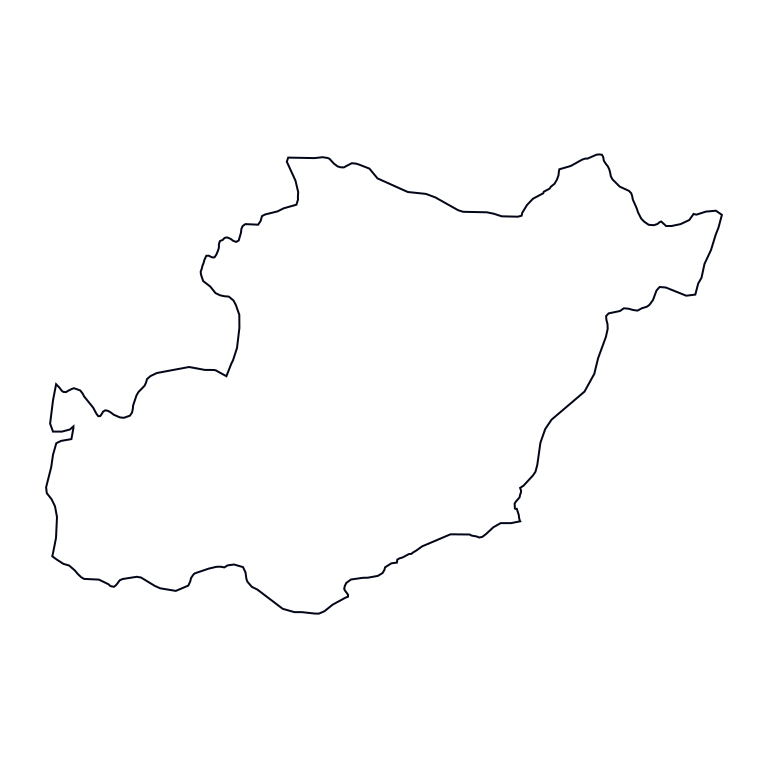 map outline of Beja (Albers equal-area conic projection)
{"feature_id": "PRT-743", "entity_name": "Beja", "entity_type": "District", "adm_level": 1, "iso_a3": "PRT", "parent_name": "Portugal", "parent_adm1": "", "projection": "albers", "projection_center": [-7.969, 37.829], "detail": "fine", "context": "isolated", "style": "outline", "palette": "ink", "viewbox_px": 768, "rotation_deg": 0, "n_neighbors": 0, "source": "natural_earth", "source_scale": "10m", "svg_char_len": 3949}
<svg xmlns="http://www.w3.org/2000/svg" viewBox="0 0 768 768"><path d="M720.8,214.1L721.9,214.9L718.4,227.9L715.7,234.7L711.0,250.0L704.5,263.9L701.5,277.8L698.2,283.5L695.3,294.6L686.2,295.7L665.8,287.5L659.6,287.0L656.5,290.5L653.0,300.0L649.3,305.0L646.7,306.8L642.0,308.2L637.5,310.6L633.1,310.0L628.5,308.7L623.8,308.3L620.0,311.0L608.6,313.4L606.1,316.1L606.4,319.8L607.5,324.1L607.7,328.8L605.9,336.9L598.1,358.2L594.3,373.8L584.5,391.6L551.5,419.7L545.2,429.1L540.4,442.8L537.3,464.8L535.5,471.7L533.0,475.4L523.5,485.7L520.1,487.9L521.1,490.7L520.8,493.0L520.0,495.0L519.6,497.3L515.8,501.7L514.6,503.6L514.9,508.4L515.4,508.9L516.8,508.8L518.8,515.1L519.1,518.1L519.9,520.8L520.2,521.3L511.2,523.1L500.7,523.1L493.3,527.3L486.2,533.9L482.3,536.9L479.1,537.5L476.8,536.5L471.7,535.6L469.6,534.5L450.5,534.3L422.2,546.3L415.9,550.8L413.3,552.3L411.3,553.9L409.0,554.0L402.5,557.5L399.6,558.3L397.3,559.6L396.9,562.6L391.4,563.3L385.1,567.3L384.3,570.1L382.5,573.1L377.8,575.9L367.8,577.7L362.9,577.8L351.0,579.5L346.3,582.9L344.8,586.0L344.2,589.0L345.2,590.9L348.0,594.6L348.0,596.7L345.4,597.7L332.7,604.6L324.5,611.2L319.0,613.6L315.2,613.6L301.5,612.1L294.3,612.1L282.7,608.8L257.4,589.6L251.8,586.8L247.4,581.7L246.4,578.9L245.5,572.4L243.0,567.1L234.0,564.5L227.6,565.4L224.3,567.4L220.6,566.7L216.4,566.8L208.8,568.6L194.7,573.4L193.3,574.7L191.0,578.1L190.3,581.3L188.3,585.6L182.2,588.2L175.8,590.9L160.2,588.3L154.8,585.9L141.0,577.5L136.7,576.8L122.7,579.0L119.7,580.3L117.9,582.8L116.0,585.2L113.9,586.8L110.5,586.1L108.4,584.2L98.9,579.6L84.1,578.9L81.3,577.3L77.9,574.1L74.8,570.4L69.1,565.5L63.5,563.9L56.5,559.4L52.3,556.3L53.6,550.2L56.0,538.0L57.0,517.1L55.0,506.3L51.5,499.1L46.8,493.2L46.1,487.3L51.2,467.2L53.0,454.8L56.3,443.2L61.1,440.9L71.4,439.1L73.4,428.2L73.4,426.4L69.9,429.5L61.9,431.6L53.0,431.6L50.1,423.6L53.0,400.4L56.1,384.2L59.5,387.7L61.6,390.6L63.3,391.9L66.0,392.1L68.5,390.6L71.5,389.1L74.0,388.2L80.3,390.5L82.8,393.8L84.0,396.3L93.2,407.7L96.5,413.9L98.3,416.2L100.3,416.0L101.8,413.9L103.1,411.6L105.3,410.3L108.1,410.9L111.0,412.6L113.7,414.7L119.9,417.4L123.9,417.8L129.9,415.7L132.0,412.6L132.8,409.0L133.1,405.5L136.5,395.4L138.4,392.1L144.6,385.7L146.1,382.4L147.0,379.1L150.6,376.0L156.9,373.0L189.0,367.0L204.8,369.9L214.3,370.0L215.8,370.4L226.4,376.2L231.4,363.5L233.0,360.3L237.0,348.0L239.4,327.9L239.3,314.8L235.9,305.1L233.5,300.5L228.8,296.6L224.2,296.2L220.1,295.3L215.5,293.1L210.2,286.5L203.2,281.1L201.6,276.5L200.9,274.1L200.7,271.6L201.8,268.6L202.4,265.9L203.5,263.2L204.4,259.9L206.3,255.8L208.8,255.7L210.7,256.7L212.8,257.5L214.5,257.3L215.9,255.3L216.7,253.8L218.4,249.6L218.9,247.3L218.9,244.9L219.2,243.0L220.0,241.0L222.6,240.0L224.6,237.9L227.1,237.4L230.7,238.9L233.3,240.9L236.2,241.9L238.7,240.5L241.0,232.6L241.4,228.8L242.7,226.0L245.4,224.1L258.1,224.7L260.6,221.0L262.0,216.1L265.0,214.5L277.5,211.4L283.7,208.3L296.4,204.7L298.0,199.6L297.9,196.5L298.2,192.2L295.5,180.7L286.8,161.7L288.2,157.6L314.6,158.1L322.6,157.2L327.8,158.0L329.6,158.9L333.9,163.6L337.6,166.4L340.8,167.3L343.8,167.4L351.8,163.2L355.8,163.6L358.9,164.5L369.4,168.6L377.5,178.4L407.8,192.0L425.9,193.9L435.3,197.4L458.1,210.2L463.2,211.8L486.8,212.3L493.7,213.7L501.7,216.3L517.8,216.7L521.6,215.7L522.3,212.7L527.0,205.0L533.0,198.7L543.2,193.3L543.8,191.7L549.5,188.7L550.9,186.7L554.5,183.8L556.9,179.7L558.5,175.3L558.8,172.3L559.3,169.3L570.7,166.0L582.2,159.6L585.2,158.6L587.5,158.6L596.5,154.7L599.4,154.4L602.0,154.8L603.0,156.7L603.4,158.0L603.7,160.2L604.5,161.8L605.9,163.9L607.8,166.3L609.3,169.4L610.2,172.9L610.8,176.2L612.4,179.3L619.7,186.6L629.0,190.9L631.2,193.2L632.2,196.2L632.8,199.5L636.9,208.8L637.9,212.1L641.2,218.6L644.2,221.7L648.7,224.8L653.9,225.2L657.4,224.0L659.6,222.2L661.2,221.5L666.1,226.0L671.6,226.0L680.6,224.1L689.3,220.0L693.6,213.9L695.6,214.5L696.6,214.6L705.9,211.6L715.9,210.7L720.8,214.1Z" fill="none" stroke="#020617" stroke-width="2"/></svg>